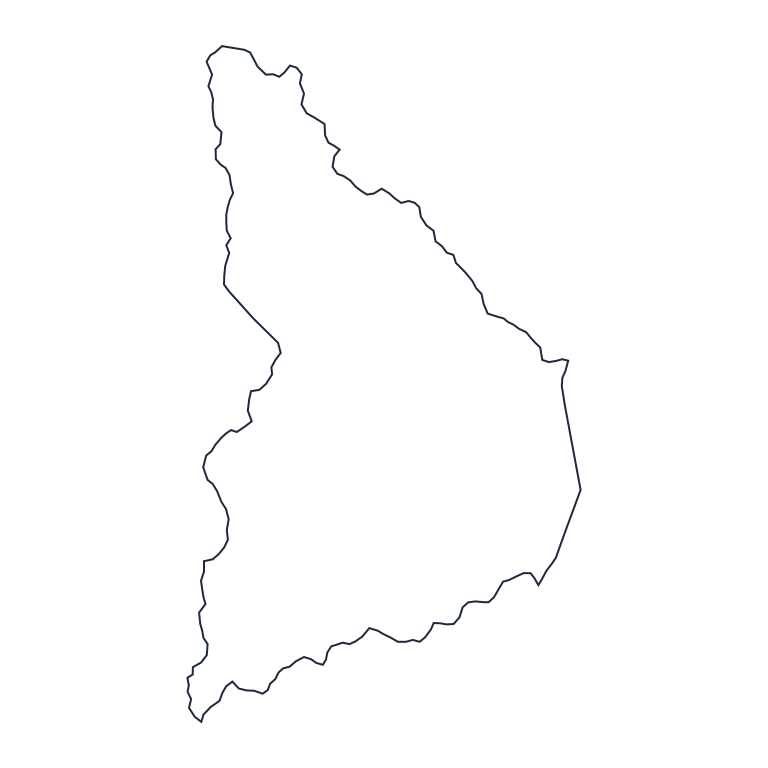 the district of Gaspar, Santa Catarina, Brazil
{"feature_id": "56859067B46612924507045", "entity_name": "Gaspar", "entity_type": "district", "adm_level": 2, "iso_a3": "BRA", "parent_name": "Brazil", "parent_adm1": "Santa Catarina", "projection": "equal_earth", "projection_center": [-48.984, -26.919], "detail": "fine", "context": "isolated", "style": "outline", "palette": "slate", "viewbox_px": 768, "rotation_deg": 0, "n_neighbors": 0, "source": "geoboundaries", "source_scale": "gbopen_adm2", "svg_char_len": 2816}
<svg xmlns="http://www.w3.org/2000/svg" viewBox="0 0 768 768"><path d="M201.3,721.9L203.5,714.5L210.8,706.9L219.5,700.8L222.5,692.7L226.2,686.3L232.4,681.6L238.8,688.5L246.3,690.4L254.4,690.8L262.6,693.7L267.7,690.1L270.2,683.7L275.1,679.3L278.7,672.3L283.2,668.3L289.6,666.7L296.0,661.2L304.0,657.0L311.2,659.3L316.2,662.9L322.8,664.8L326.0,659.6L327.3,652.5L331.3,646.3L336.3,644.8L342.6,642.7L349.6,644.1L355.4,641.4L362.3,636.6L369.3,628.1L377.8,630.7L383.2,634.0L390.1,637.3L397.9,641.8L405.9,641.8L412.8,639.9L419.6,641.8L425.1,637.3L430.9,629.5L433.7,623.0L440.3,623.3L446.5,624.4L453.6,624.0L459.5,617.3L462.6,607.4L468.1,602.4L475.4,601.4L483.4,602.2L488.6,602.2L494.0,597.2L498.4,589.6L503.1,581.6L508.6,580.2L516.4,576.4L523.7,573.1L530.6,573.2L534.3,578.0L538.4,585.1L542.8,577.6L546.5,570.6L551.4,564.3L555.8,557.9L566.1,529.2L568.7,522.3L580.6,489.9L566.1,412.0L564.8,405.0L561.8,386.0L562.4,377.7L565.4,371.1L568.2,360.7L562.3,359.2L556.7,360.8L548.9,362.1L542.3,359.9L540.2,347.4L534.9,342.4L530.4,337.4L526.2,332.2L519.0,328.8L513.4,324.6L507.9,322.0L503.7,318.4L498.4,317.0L487.7,313.6L483.7,304.2L481.5,293.9L476.2,288.3L472.5,281.2L466.3,273.5L460.6,267.5L456.0,263.1L453.4,254.9L446.8,252.7L441.8,246.0L435.6,241.4L433.5,230.7L426.5,225.5L420.9,216.9L419.3,207.2L414.6,202.7L408.5,201.0L401.2,202.9L394.8,198.4L389.5,193.5L381.7,188.7L373.9,193.5L367.0,194.6L361.3,191.0L355.4,186.5L350.3,180.5L343.7,176.1L337.3,173.8L332.6,166.8L334.3,156.4L339.6,149.6L334.0,145.7L328.5,142.7L325.1,135.3L324.6,124.1L315.4,118.2L306.7,113.3L301.5,104.4L304.0,93.6L299.9,83.3L301.8,74.3L296.7,67.7L290.0,65.6L284.2,72.7L279.3,76.8L273.3,74.3L265.9,74.6L257.5,66.5L253.1,58.0L250.1,52.5L244.4,49.8L236.7,48.5L230.3,47.5L222.0,46.1L215.0,52.5L210.3,55.3L206.6,61.7L212.1,74.6L208.4,86.2L211.2,92.1L213.0,99.2L212.5,107.3L213.4,117.3L215.3,125.6L221.5,132.2L220.3,144.1L215.6,149.3L215.9,159.3L220.8,164.7L225.6,168.0L229.5,175.0L230.9,184.4L233.1,193.2L229.8,199.9L227.8,206.9L226.3,214.3L226.3,223.3L226.8,230.7L230.7,238.2L226.3,245.2L229.2,253.0L225.3,265.7L224.3,275.3L224.0,284.5L229.2,291.6L250.3,315.1L254.5,319.6L278.1,342.9L280.7,352.9L275.3,360.1L271.4,367.3L272.1,374.4L266.2,383.7L259.5,389.8L251.0,391.2L249.2,399.3L247.8,410.6L251.7,421.3L245.1,426.4L236.8,432.0L231.0,430.1L226.0,433.5L221.2,437.9L215.7,444.3L211.3,451.4L206.2,455.5L203.2,467.3L207.6,479.9L212.7,484.0L217.1,491.1L221.4,501.9L226.0,509.0L228.7,519.3L226.8,530.0L227.9,539.8L224.1,547.5L219.0,553.8L212.7,559.3L204.0,561.2L204.0,571.6L201.0,580.9L202.4,590.3L203.5,597.2L205.5,604.0L199.1,612.6L200.2,623.7L202.3,631.1L203.5,638.0L207.6,644.1L206.8,655.1L201.0,662.6L192.9,667.1L192.7,674.5L187.4,677.8L188.8,685.2L187.6,691.8L191.1,699.1L189.0,707.9L194.7,716.7L201.3,721.9Z" fill="none" stroke="#1e293b" stroke-width="2"/></svg>